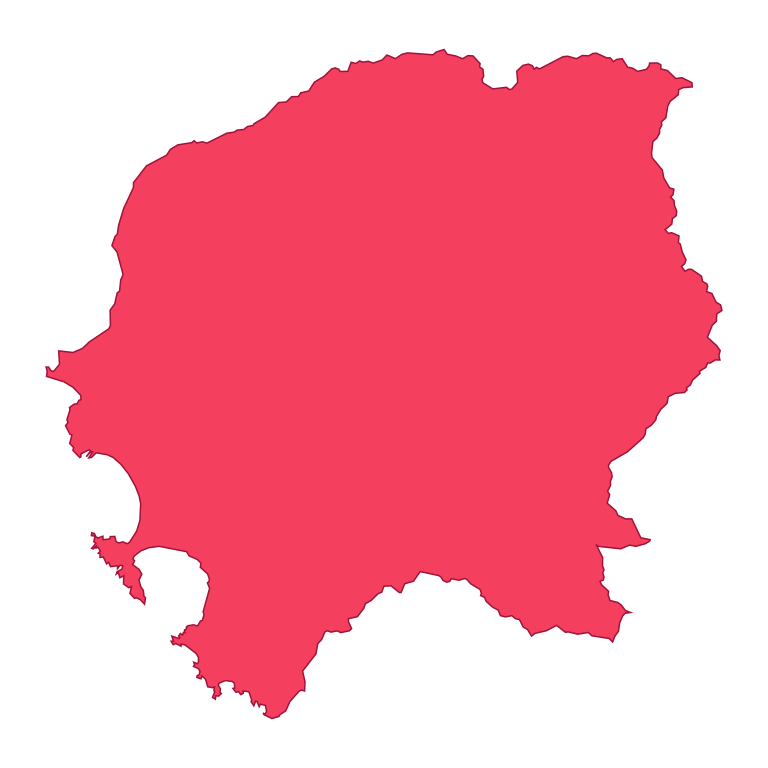 outline of Santa, Áncash, Peru
{"feature_id": "86281439B85206486043179", "entity_name": "Santa", "entity_type": "district", "adm_level": 2, "iso_a3": "PER", "parent_name": "Peru", "parent_adm1": "Áncash", "projection": "orthographic", "projection_center": [-78.368, -9.004], "detail": "fine", "context": "isolated", "style": "filled", "palette": "rose", "viewbox_px": 768, "rotation_deg": 0, "n_neighbors": 0, "source": "geoboundaries", "source_scale": "gbopen_adm2", "svg_char_len": 6002}
<svg xmlns="http://www.w3.org/2000/svg" viewBox="0 0 768 768"><path d="M612.6,642.0L614.8,636.4L618.5,631.2L619.6,623.1L622.5,616.2L624.9,613.3L630.5,612.5L625.4,610.5L621.4,605.1L617.7,602.4L610.0,600.5L608.1,594.9L608.6,591.3L601.7,584.9L600.0,581.3L603.3,580.1L604.0,577.1L602.8,572.9L604.0,569.9L602.5,565.7L602.6,557.5L596.1,544.5L597.9,546.3L620.7,548.8L629.6,545.1L636.0,546.3L645.4,543.7L649.7,541.1L650.1,539.6L640.8,537.8L631.8,518.9L625.5,518.9L617.8,515.3L615.9,510.9L607.2,503.2L609.7,494.6L607.6,491.2L610.5,485.5L610.5,480.9L612.2,476.7L611.5,472.7L608.5,467.4L608.6,465.0L611.2,461.2L627.5,451.8L643.1,437.8L645.2,434.2L645.9,428.7L651.2,425.3L655.8,419.9L656.5,416.4L660.8,409.3L667.0,403.4L668.3,396.7L675.2,393.3L684.5,392.5L687.1,389.8L686.4,388.0L690.4,384.9L692.5,380.2L700.0,373.4L699.4,371.3L705.9,367.3L707.6,363.0L710.3,363.0L715.2,359.9L719.9,360.0L718.9,355.5L720.2,350.6L716.5,345.5L707.4,337.3L712.3,325.2L716.4,321.3L716.8,313.9L721.9,310.5L720.6,304.9L716.1,302.2L711.9,293.5L706.5,291.5L707.7,286.4L706.9,284.0L702.5,281.3L701.5,276.2L691.5,269.3L688.4,269.3L685.1,271.3L681.4,266.4L684.6,263.9L686.0,259.7L682.2,251.9L680.3,244.1L678.4,242.7L679.0,235.9L671.6,232.7L668.4,233.4L665.1,229.7L671.8,224.1L672.4,218.7L676.3,215.6L676.7,211.1L674.3,205.1L674.0,200.6L670.5,197.1L673.0,194.8L673.9,189.2L669.8,188.0L668.4,185.9L663.8,178.0L662.3,170.0L652.1,157.7L651.5,153.2L652.9,141.6L656.7,138.3L659.6,133.2L659.6,129.2L661.8,125.2L661.4,121.8L665.9,117.8L667.7,106.2L670.2,101.3L678.3,94.7L678.7,89.7L682.9,87.7L692.3,86.9L691.9,82.7L682.0,77.7L675.7,78.5L667.4,70.5L660.8,68.9L660.9,64.9L657.7,63.0L649.6,63.1L649.0,66.1L646.4,69.3L637.7,71.4L632.7,68.2L627.7,67.2L622.2,58.7L616.7,59.4L613.4,61.6L610.2,57.8L606.7,57.9L596.5,53.2L592.8,53.5L588.9,55.8L582.4,55.5L576.4,58.7L567.7,56.2L563.0,56.7L539.5,68.9L536.4,67.3L534.1,69.2L532.6,65.9L528.5,64.1L522.9,65.4L516.8,71.1L517.7,82.4L511.8,89.1L509.4,89.5L506.4,87.3L492.8,88.9L482.8,82.8L482.1,79.1L483.7,76.3L482.9,69.2L479.6,66.9L480.1,63.6L473.0,55.9L468.0,55.6L462.5,58.7L455.9,56.0L447.2,54.3L444.1,49.5L436.2,52.0L433.0,54.8L407.7,52.9L401.9,54.3L395.5,58.6L386.9,55.0L382.3,59.9L373.1,63.1L368.4,61.3L362.8,62.1L359.6,60.9L355.8,63.5L351.1,62.3L347.9,71.3L340.2,71.5L338.8,69.3L335.2,67.9L331.8,68.8L324.0,76.4L314.4,82.1L308.8,91.0L300.7,92.8L298.4,96.5L291.7,96.7L286.3,101.9L278.5,102.6L265.3,117.1L254.1,123.6L253.0,125.5L247.4,126.5L243.8,129.5L237.0,130.1L234.3,132.1L226.7,133.2L207.0,143.1L202.5,141.8L196.7,142.9L194.1,140.7L191.7,142.7L177.9,144.8L170.3,149.4L166.7,155.1L146.5,165.8L133.5,182.6L133.4,187.6L123.7,208.4L118.7,224.9L117.3,234.1L115.0,236.6L111.9,245.6L117.1,252.2L123.1,274.5L120.7,280.0L119.6,291.0L117.2,292.9L114.7,303.9L110.1,310.2L110.4,325.5L108.8,328.8L89.3,341.9L82.6,348.3L73.0,352.5L58.7,350.9L59.5,364.3L53.4,371.6L50.7,370.4L48.7,367.2L46.1,367.0L47.2,371.4L46.5,376.4L64.0,381.8L72.9,387.2L80.8,395.4L81.0,399.8L78.8,400.3L77.3,403.6L74.0,404.2L69.5,407.5L69.9,410.1L66.9,419.8L68.0,422.5L65.5,425.7L70.0,434.3L71.9,435.0L69.7,443.5L73.6,447.5L72.9,450.3L79.8,457.6L80.9,456.9L80.9,454.0L89.2,449.7L90.6,450.9L86.2,456.8L91.2,451.3L92.6,451.8L88.7,457.9L91.6,457.4L96.1,452.8L107.2,454.7L113.2,457.5L120.8,464.2L128.4,473.8L135.4,486.3L139.1,495.9L140.7,503.7L139.9,520.7L136.7,531.0L129.6,542.2L127.2,543.7L122.9,541.8L119.0,543.0L116.1,541.7L114.8,536.4L110.3,536.6L109.8,538.9L103.1,539.7L102.9,536.2L98.2,537.9L96.0,536.9L94.4,533.5L91.7,532.8L91.4,535.6L95.0,536.2L93.8,541.7L95.9,543.4L91.7,548.4L93.3,548.9L96.3,546.2L96.1,548.0L98.2,547.4L100.3,551.2L98.2,553.2L100.1,553.8L100.0,557.4L103.3,557.0L106.6,563.9L108.7,562.3L110.5,566.7L117.6,565.7L117.5,568.6L120.0,565.3L122.7,565.8L122.0,569.0L117.0,571.9L116.3,574.0L118.3,572.5L119.9,577.8L123.8,575.7L123.5,583.9L128.8,587.7L131.5,586.6L129.9,593.4L134.5,598.4L136.0,597.7L140.3,599.6L144.5,604.2L145.5,597.7L144.0,596.3L143.3,590.4L140.8,586.7L139.0,580.1L141.8,574.1L139.1,569.4L132.7,564.6L134.6,560.8L133.0,559.2L134.1,556.1L141.1,550.7L148.9,547.7L159.1,546.3L186.6,551.7L189.0,555.8L197.3,559.5L201.0,563.1L200.3,567.3L207.6,573.9L209.4,579.2L208.9,581.7L207.4,582.8L209.6,588.4L203.1,611.9L204.0,614.5L202.4,620.4L200.5,621.0L197.5,625.9L193.5,624.8L187.8,625.8L186.3,627.1L186.5,629.1L184.5,629.9L185.0,632.8L183.5,632.3L182.6,635.0L180.4,633.5L178.6,636.0L179.8,637.5L178.8,638.4L171.8,636.1L173.5,641.1L171.1,641.2L173.2,644.7L175.8,643.5L181.0,646.2L181.0,644.1L185.0,644.9L196.3,653.6L198.5,657.5L198.4,662.4L197.4,663.7L193.7,662.2L194.6,664.7L193.5,666.4L198.2,668.5L199.9,671.1L199.4,674.4L197.0,675.9L196.8,677.4L201.0,678.8L201.9,675.9L205.5,679.2L207.7,686.8L212.6,687.7L214.5,686.9L213.9,690.6L214.8,691.4L212.5,697.5L215.4,699.2L215.8,695.8L218.7,696.1L221.4,693.5L220.0,692.4L220.4,688.8L218.3,685.3L219.1,683.1L225.4,680.6L232.0,681.4L234.3,683.0L234.7,688.1L232.9,688.4L235.9,692.2L238.6,691.7L240.8,694.6L243.3,693.3L243.2,691.0L248.9,691.8L251.7,699.9L251.1,701.5L253.8,705.8L255.6,701.2L257.0,701.5L259.2,706.7L260.4,704.2L265.4,705.4L266.6,711.5L264.9,714.1L263.0,713.0L264.1,714.7L271.9,718.5L278.9,716.5L280.0,714.6L285.7,710.9L289.9,701.6L299.0,691.3L301.5,690.1L304.6,691.0L305.0,681.8L302.6,671.1L316.0,653.8L317.8,643.6L321.6,639.6L325.0,631.8L327.2,630.8L331.0,632.1L337.3,630.9L340.7,632.6L349.4,630.8L351.6,628.6L348.5,621.7L348.4,618.7L357.4,616.7L363.9,608.2L365.4,603.7L371.1,600.5L378.2,593.6L381.7,592.2L383.9,586.2L391.0,585.8L399.4,592.6L401.1,592.5L404.8,583.7L413.5,581.2L420.2,571.6L438.5,575.5L440.7,576.7L443.0,580.4L446.5,582.1L449.7,581.5L451.3,578.7L459.0,580.2L464.7,578.5L466.7,579.3L470.7,583.8L480.1,589.5L481.4,593.4L480.6,595.6L484.6,597.4L486.2,601.4L492.7,607.2L498.2,610.1L500.4,615.6L505.2,616.9L511.9,615.7L515.7,618.8L519.4,619.4L523.2,627.0L527.5,629.5L531.5,636.1L535.1,633.3L546.2,630.8L556.6,625.4L565.4,632.3L568.2,631.9L577.8,634.2L588.3,632.5L591.9,635.8L609.2,638.5L612.6,642.0Z" fill="#f43f5e" stroke="#9f1239" stroke-width="1.5"/></svg>